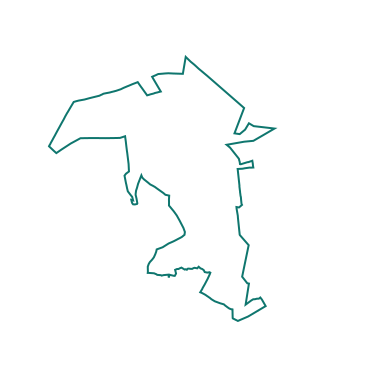 outline of San Andrés Duraznal, Chiapas, Mexico, rotated 151°
{"feature_id": "50627088B44734677505750", "entity_name": "San Andrés Duraznal", "entity_type": "district", "adm_level": 2, "iso_a3": "MEX", "parent_name": "Mexico", "parent_adm1": "Chiapas", "projection": "equal_earth", "projection_center": [-92.796, 17.162], "detail": "fine", "context": "isolated", "style": "outline", "palette": "teal", "viewbox_px": 384, "rotation_deg": 151, "n_neighbors": 0, "source": "geoboundaries", "source_scale": "gbopen_adm2", "svg_char_len": 4268}
<svg xmlns="http://www.w3.org/2000/svg" viewBox="0 0 384 384"><g transform="rotate(151 192 192)"><path d="M241.2,131.2L239.8,131.2L237.9,131.0L236.0,127.7L235.0,127.5L234.2,126.5L233.1,127.0L232.0,126.6L230.5,125.5L229.2,124.7L227.7,124.7L226.6,124.5L225.7,123.8L224.4,122.7L222.4,123.4L221.6,121.1L220.4,119.7L219.6,117.9L219.7,115.8L217.7,114.1L215.5,113.3L215.1,112.5L216.0,111.9L216.0,111.7L216.8,111.1L220.5,108.4L225.7,105.0L228.2,103.5L229.2,102.9L230.1,102.2L233.4,100.3L232.5,99.2L232.0,98.5L230.6,96.3L230.0,95.3L229.4,94.0L228.8,92.9L228.4,92.0L227.8,90.9L227.0,88.8L225.7,86.5L225.0,85.3L221.3,81.0L218.6,78.3L218.1,76.8L216.8,73.9L215.8,71.9L214.3,70.2L213.7,69.9L213.5,69.7L217.3,62.5L217.6,61.7L214.4,57.0L203.3,55.9L182.9,56.5L183.0,63.9L183.4,66.6L185.1,66.3L185.9,66.6L186.9,67.2L188.9,67.7L190.5,68.5L192.8,68.4L199.7,67.5L186.6,84.3L187.9,85.4L189.2,93.6L169.7,116.3L168.2,118.0L168.9,121.2L171.0,131.0L171.0,131.5L165.3,144.9L164.4,147.0L164.0,147.9L163.5,148.9L161.4,154.9L160.9,156.2L160.4,157.3L158.4,155.7L156.8,156.0L154.5,156.5L154.5,157.3L154.2,158.2L152.7,161.7L152.0,163.2L151.6,164.2L151.6,164.4L151.4,165.1L150.6,167.1L150.0,168.7L149.6,169.4L149.3,170.3L148.8,171.5L148.6,172.0L148.0,173.5L147.8,173.9L147.7,174.1L147.4,174.6L140.9,190.0L138.2,188.7L137.0,188.1L136.0,187.7L134.4,187.2L130.0,185.5L129.1,185.0L128.6,184.7L126.5,183.7L126.1,184.9L125.6,186.2L125.2,187.0L124.1,190.1L128.2,190.8L129.1,191.2L135.8,192.6L136.3,192.9L136.5,193.1L136.1,194.2L135.7,195.2L135.6,195.5L135.4,196.6L135.1,197.5L134.9,198.2L134.9,198.5L137.2,212.4L138.8,216.5L122.0,210.7L113.5,207.0L102.5,207.2L89.1,207.5L93.1,210.4L106.1,219.7L108.9,224.5L115.3,220.8L122.2,219.5L126.4,222.7L105.7,240.2L108.0,246.6L122.4,286.3L126.4,296.6L127.7,300.6L128.4,302.6L130.0,306.6L130.7,308.9L132.0,313.2L142.7,299.8L150.9,304.7L155.1,307.3L157.8,308.6L162.5,310.7L164.2,311.5L164.8,311.6L166.8,311.7L169.8,312.0L171.0,312.1L171.0,310.3L170.6,295.0L173.2,295.7L173.9,295.8L174.4,296.0L175.5,296.3L176.6,296.6L177.7,296.7L178.9,297.0L181.1,297.6L182.3,297.8L184.4,298.3L184.7,301.0L185.0,303.6L185.4,307.1L185.6,308.5L185.9,311.3L186.2,314.4L187.0,314.5L188.5,314.7L191.9,315.2L193.9,315.4L195.7,315.6L195.9,315.6L197.2,315.8L197.5,315.8L198.0,315.9L198.3,315.9L200.9,316.2L202.5,316.3L204.5,316.4L209.9,317.4L210.1,317.5L210.4,317.6L211.1,317.7L212.0,318.0L212.6,318.1L213.2,318.3L213.9,318.5L214.9,318.7L216.0,319.0L219.6,320.2L221.5,320.8L221.9,320.9L223.4,320.9L224.1,321.0L226.3,321.1L232.6,322.8L236.3,323.8L241.2,325.0L246.8,326.9L249.5,327.6L251.8,328.1L256.1,325.6L261.0,322.7L262.0,322.1L262.8,321.7L266.2,319.6L267.1,319.0L268.7,317.9L272.1,315.8L274.0,314.6L276.2,313.2L280.5,310.5L281.9,309.6L283.0,308.9L284.2,308.1L285.3,307.4L286.3,306.8L287.4,306.1L288.8,305.2L289.9,304.5L290.9,303.9L292.0,303.2L293.1,302.4L294.1,301.9L294.9,301.3L292.9,295.0L291.8,291.8L285.6,292.4L274.6,293.2L263.5,293.1L259.5,291.0L251.9,286.9L241.7,281.1L231.8,275.8L228.7,274.2L223.5,273.2L225.4,268.3L227.1,264.2L229.0,259.5L229.7,257.6L233.9,247.2L237.2,240.5L240.9,240.0L243.1,239.0L245.6,231.3L245.7,230.8L246.6,227.9L246.9,227.0L247.8,223.7L247.2,219.6L246.7,216.7L247.6,213.2L248.9,214.5L249.5,212.4L249.7,211.0L249.5,209.8L248.0,208.8L245.9,208.2L245.3,208.6L243.7,213.2L243.4,214.3L242.9,216.0L242.9,216.3L242.7,216.8L242.1,217.8L241.3,218.9L240.8,219.6L240.1,220.5L239.4,221.1L238.0,222.4L235.2,225.3L228.2,231.1L228.5,228.7L228.0,226.9L228.0,226.6L227.9,226.4L225.8,221.3L224.9,218.9L224.1,217.7L223.4,216.7L222.0,214.4L221.0,212.2L217.5,204.9L216.6,202.4L216.2,202.1L213.7,199.9L215.8,196.6L216.9,194.5L218.0,192.5L218.7,191.3L218.1,188.2L217.9,187.1L217.3,183.9L216.7,178.8L216.7,175.7L216.7,173.0L216.7,172.6L216.8,169.5L216.9,165.8L216.9,164.9L217.5,161.1L217.6,160.5L219.3,158.2L222.7,157.6L224.2,157.6L227.5,157.7L228.6,157.7L231.8,157.8L233.2,157.9L237.4,158.3L244.5,157.9L250.7,158.9L252.3,157.1L254.4,155.3L257.1,153.3L259.6,152.2L262.9,151.1L264.9,149.9L266.9,148.1L267.9,146.2L269.1,143.9L269.9,142.7L269.5,142.5L264.6,139.3L263.1,137.4L262.6,136.4L259.5,134.3L259.1,133.6L257.2,133.1L252.6,131.1L253.8,128.4L251.8,130.5L248.3,127.3L247.7,127.0L245.5,128.4L244.5,132.1L242.4,131.9L241.2,131.2Z" fill="none" stroke="#0f766e" stroke-width="2"/></g></svg>